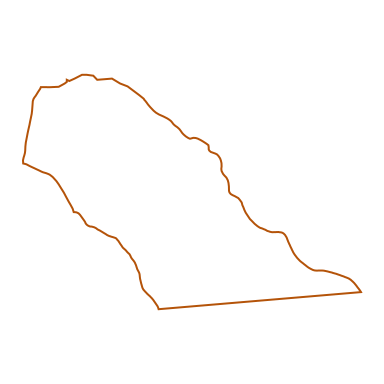 the district of Malgretoute, Praslin, Saint Lucia
{"feature_id": "8701671B58944232238955", "entity_name": "Malgretoute", "entity_type": "district", "adm_level": 2, "iso_a3": "LCA", "parent_name": "Saint Lucia", "parent_adm1": "Praslin", "projection": "natural_earth1", "projection_center": [-60.903, 13.842], "detail": "fine", "context": "isolated", "style": "outline", "palette": "amber", "viewbox_px": 384, "rotation_deg": 0, "n_neighbors": 0, "source": "geoboundaries", "source_scale": "gbopen_adm2", "svg_char_len": 5993}
<svg xmlns="http://www.w3.org/2000/svg" viewBox="0 0 384 384"><path d="M73.7,212.1L75.4,212.2L76.6,212.4L78.5,213.3L80.0,214.8L84.2,220.6L85.1,222.0L85.4,222.7L85.5,223.1L86.2,224.1L86.5,224.4L87.0,224.9L87.3,225.1L87.6,225.3L88.0,225.6L88.3,225.8L88.6,225.9L89.0,226.1L89.3,226.2L89.6,226.3L90.0,226.5L90.6,226.5L91.0,226.5L91.4,226.6L91.7,226.6L92.5,226.8L93.2,227.0L93.5,227.1L94.0,227.2L95.3,227.8L96.0,228.2L96.6,228.6L96.9,228.9L97.3,229.2L97.6,229.4L97.9,229.6L98.6,229.9L99.3,230.3L99.6,230.4L100.6,231.0L101.6,231.6L102.6,232.2L103.2,232.6L103.6,232.8L103.9,233.0L104.5,233.4L105.3,233.8L106.9,234.9L107.2,235.1L107.5,235.2L107.9,235.4L108.2,235.6L109.7,236.2L110.0,236.2L110.4,236.4L112.0,236.9L112.4,237.0L113.1,237.2L113.4,237.3L114.9,237.8L115.5,238.0L115.9,238.2L116.2,238.5L116.4,238.7L116.7,239.0L117.0,239.4L117.4,239.9L117.7,240.2L118.0,240.5L118.3,240.8L118.7,241.5L119.2,242.2L119.4,242.5L119.6,242.8L120.0,243.5L120.4,244.1L120.7,244.5L121.2,245.2L121.7,245.9L122.1,246.6L122.6,247.3L122.8,247.6L123.1,247.9L123.7,248.4L124.2,248.9L124.8,249.4L125.4,249.9L126.3,250.9L126.6,251.3L127.2,252.0L127.5,252.3L127.8,252.6L128.3,253.1L128.6,253.4L129.2,253.9L129.5,254.2L129.7,254.5L129.9,254.9L130.1,255.3L130.5,256.0L130.6,256.4L131.1,257.4L131.3,257.8L131.5,258.1L131.8,258.5L132.0,258.8L132.2,259.1L132.5,259.4L133.0,260.0L133.2,260.3L133.5,260.6L134.2,261.6L134.4,261.9L134.6,262.2L135.0,262.9L135.3,263.7L136.0,265.2L136.1,265.6L136.5,266.8L136.6,267.2L137.0,268.3L137.1,268.7L137.4,269.5L137.6,269.8L138.6,271.7L139.1,272.7L139.4,273.6L139.5,274.0L139.6,274.4L139.6,274.8L139.7,275.3L139.8,276.5L139.9,277.4L140.1,278.9L140.2,279.3L140.4,280.1L140.6,280.9L140.7,281.4L141.0,282.6L141.1,283.1L141.2,283.5L141.3,283.9L141.5,284.4L141.6,284.9L142.1,286.6L142.3,287.4L142.4,287.7L142.8,288.5L143.0,288.9L143.4,289.6L143.7,290.0L144.0,290.2L144.3,290.6L144.5,290.9L146.7,293.2L147.3,293.9L147.6,294.1L148.4,294.9L150.0,296.3L150.6,297.0L151.1,297.5L151.4,297.8L151.7,298.1L151.9,298.3L152.7,299.3L153.0,299.6L153.7,300.6L154.1,301.2L154.3,301.5L154.6,301.9L156.3,304.4L157.0,305.4L157.2,305.8L157.5,306.1L157.8,306.8L158.0,307.2L158.1,307.5L158.6,309.2L361.0,292.1L360.8,291.7L360.5,291.3L360.3,291.0L359.8,290.2L359.5,290.0L359.3,289.6L358.6,288.6L358.3,288.3L358.1,288.0L357.5,287.3L356.9,286.4L356.6,286.1L356.4,285.7L355.9,285.1L355.3,284.4L355.1,284.1L354.8,283.8L354.1,282.9L353.4,282.3L352.9,281.7L352.6,281.5L352.3,281.2L351.7,280.7L351.4,280.4L351.1,280.2L350.8,279.8L350.1,279.4L349.9,279.2L349.5,279.1L349.3,278.8L349.0,278.6L348.7,278.5L347.6,278.0L345.8,277.3L345.5,277.2L345.1,277.1L344.5,276.8L343.8,276.5L342.4,276.0L341.7,275.8L341.4,275.7L340.7,275.4L340.4,275.3L339.7,275.0L339.3,274.9L338.9,274.8L338.5,274.6L337.7,274.4L337.4,274.2L336.9,274.1L336.2,273.8L335.4,273.6L335.0,273.5L334.6,273.4L334.3,273.3L333.9,273.2L332.8,272.9L332.1,272.6L331.3,272.4L330.4,272.2L329.6,272.0L329.3,271.9L328.5,271.7L327.0,271.3L326.3,271.2L326.0,271.1L325.6,271.0L324.9,270.9L324.5,270.8L324.1,270.7L323.1,270.6L321.7,270.5L320.9,270.5L320.5,270.5L316.7,270.6L316.3,270.6L315.6,270.5L315.2,270.5L314.5,270.4L314.1,270.3L313.8,270.2L313.1,270.0L312.8,269.9L310.8,268.9L309.0,267.9L308.7,267.7L308.4,267.5L308.1,267.3L307.8,267.1L306.5,266.1L305.3,265.1L304.3,264.4L304.1,264.2L303.5,263.7L302.5,262.9L302.2,262.7L300.8,261.6L300.2,261.1L299.7,260.6L299.4,260.3L298.0,258.8L297.7,258.5L297.4,258.2L297.1,257.8L296.6,257.2L295.2,255.3L294.9,255.0L294.7,254.6L294.1,253.8L293.4,252.6L293.0,251.9L292.6,251.0L292.4,250.6L291.8,249.5L291.7,249.1L290.8,247.3L290.4,246.5L289.7,244.8L289.5,244.5L289.3,244.1L289.1,243.6L288.6,242.5L288.4,242.1L288.1,241.4L287.7,240.2L287.5,239.9L287.3,239.4L287.2,239.0L286.9,238.2L286.8,237.9L286.6,237.5L286.4,237.1L286.2,236.8L285.7,236.0L285.5,235.7L285.3,235.3L285.1,235.0L284.5,234.4L284.2,234.1L283.7,233.6L283.1,233.2L282.8,233.0L282.2,232.7L281.8,232.6L281.5,232.5L280.8,232.3L280.3,232.3L279.5,232.2L278.8,232.1L278.5,232.0L276.0,232.1L275.6,232.1L272.3,232.2L271.5,232.1L271.0,232.0L270.7,231.9L270.0,231.8L269.3,231.5L269.0,231.4L268.0,231.1L267.6,231.0L266.9,230.7L266.6,230.5L266.3,230.3L265.7,230.0L265.3,229.8L265.0,229.6L264.7,229.5L264.4,229.4L263.3,229.0L263.0,228.8L262.3,228.5L262.0,228.4L261.2,228.2L260.9,228.0L260.5,228.0L259.9,227.7L259.2,227.3L258.9,227.1L258.6,226.9L258.3,226.7L258.0,226.5L257.4,226.1L254.6,223.8L252.0,221.1L251.7,220.8L249.9,219.0L247.7,215.7L245.7,212.7L244.4,210.0L243.3,207.1L242.4,205.2L241.7,202.5L239.9,200.0L238.3,198.1L236.3,197.0L234.7,196.1L232.5,195.1L230.7,194.0L229.5,192.5L229.0,190.9L228.9,186.4L228.5,183.0L227.8,180.3L226.4,177.6L224.3,175.4L223.0,173.8L221.6,171.0L221.3,169.0L221.6,166.4L221.5,163.2L220.9,160.6L220.1,158.4L218.5,156.0L217.0,154.4L215.4,153.6L210.7,151.9L209.2,150.5L208.7,149.3L208.7,147.1L208.4,145.2L207.4,144.4L205.7,143.2L202.9,141.4L200.7,140.1L197.7,138.6L195.7,138.0L194.3,137.9L193.1,137.9L191.3,138.4L190.3,138.7L189.8,138.7L188.1,137.9L185.8,136.4L183.6,134.5L182.2,133.0L180.6,130.7L179.3,129.0L177.3,127.2L175.4,125.9L174.1,124.8L173.3,124.0L171.8,122.0L170.8,120.9L168.8,119.4L167.2,118.4L163.5,116.5L159.0,114.5L156.0,112.7L153.6,110.7L150.1,107.0L148.0,104.5L146.5,102.4L145.0,100.5L144.2,99.7L143.8,98.8L139.2,95.1L127.6,86.4L120.1,83.5L112.0,78.6L97.2,79.8L93.3,75.7L86.6,74.8L82.0,74.8L74.6,78.6L69.3,81.0L66.8,79.8L66.8,81.9L64.7,83.5L58.7,86.8L49.9,87.2L40.9,87.1L40.1,88.9L38.1,91.9L35.7,95.8L34.4,97.5L33.5,99.0L32.8,101.2L32.5,105.3L32.1,110.5L31.7,113.9L30.9,117.8L30.0,122.1L29.5,124.8L28.3,130.0L27.6,133.3L26.6,138.5L25.8,142.6L25.4,146.4L25.2,150.8L24.9,153.1L24.3,155.4L23.6,157.6L23.0,160.3L23.2,163.5L25.4,164.0L26.6,164.4L29.4,165.9L31.9,167.1L34.3,168.2L36.4,169.2L39.0,170.4L41.0,171.4L42.8,172.2L46.2,173.2L47.8,173.8L49.6,174.6L50.4,175.2L51.7,176.2L52.8,177.1L56.4,181.1L58.6,184.2L61.2,188.4L63.9,192.7L65.9,196.5L68.6,201.5L70.6,204.9L72.5,208.4L72.8,209.1L73.7,212.1Z" fill="none" stroke="#b45309" stroke-width="2"/></svg>